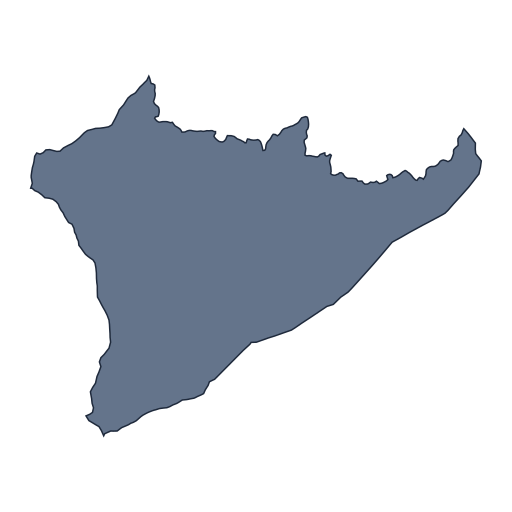 Kabondo Kasipul, Nyanza, Kenya (Equal Earth projection)
{"feature_id": "3690345B44381744243439", "entity_name": "Kabondo Kasipul", "entity_type": "district", "adm_level": 2, "iso_a3": "KEN", "parent_name": "Kenya", "parent_adm1": "Nyanza", "projection": "equal_earth", "projection_center": [34.874, -0.447], "detail": "fine", "context": "isolated", "style": "filled", "palette": "slate", "viewbox_px": 512, "rotation_deg": 0, "n_neighbors": 0, "source": "geoboundaries", "source_scale": "gbopen_adm2", "svg_char_len": 5835}
<svg xmlns="http://www.w3.org/2000/svg" viewBox="0 0 512 512"><path d="M463.8,128.7L462.9,130.5L462.2,132.8L461.2,134.8L459.4,136.3L458.0,138.6L457.9,141.1L458.1,142.9L458.1,145.5L456.4,146.9L454.7,148.5L453.7,149.9L453.5,151.5L453.6,153.2L452.9,155.5L452.1,157.7L451.0,159.9L449.3,161.0L448.0,161.6L445.7,160.6L443.3,160.0L441.8,160.4L440.2,161.3L439.1,162.9L438.0,164.3L436.7,165.3L435.3,166.2L433.4,166.5L431.5,166.5L430.0,166.8L428.7,167.5L427.4,168.5L426.4,169.7L426.1,171.5L426.0,173.6L425.5,175.9L423.4,179.2L422.2,178.3L420.7,177.8L419.5,177.5L418.2,178.7L417.1,180.4L415.7,180.1L414.3,178.9L412.9,177.4L412.0,176.1L410.5,174.4L409.0,173.0L407.8,172.3L406.5,171.1L405.1,170.5L402.7,171.9L401.4,172.9L400.1,174.1L398.2,175.5L396.8,176.3L395.3,177.1L392.9,177.7L392.2,175.6L391.0,174.6L389.7,174.3L387.9,174.7L386.7,175.6L387.2,177.4L387.9,179.5L386.5,180.9L384.3,182.1L382.6,182.9L381.3,183.3L379.3,183.6L377.8,182.3L376.4,181.2L374.9,182.2L373.1,182.5L370.5,182.1L369.1,183.2L367.7,184.0L366.2,184.1L364.8,184.1L363.3,182.9L362.0,181.1L360.0,181.1L357.9,181.2L356.2,178.9L354.4,178.5L352.5,178.3L350.3,178.3L349.0,178.3L347.7,178.3L346.4,177.7L345.1,176.9L343.9,175.4L342.9,173.7L341.2,172.7L339.5,172.9L338.3,174.0L336.8,174.5L335.4,175.2L333.8,175.2L331.9,174.7L330.6,173.6L331.1,171.6L331.0,169.5L330.8,167.0L330.3,164.8L329.7,162.7L329.6,160.9L330.0,159.3L330.7,157.1L331.3,155.3L330.0,154.3L328.0,155.7L326.4,156.2L325.0,155.1L324.8,152.9L323.5,153.2L322.3,153.7L320.1,154.5L318.7,156.2L317.4,156.9L315.7,156.8L313.9,156.4L312.4,156.2L311.1,155.8L309.0,155.6L306.8,155.9L305.1,155.3L305.0,153.4L305.5,151.1L305.8,148.4L305.4,146.7L304.9,145.0L304.1,142.3L304.3,140.0L305.7,138.9L306.9,137.8L307.2,135.9L306.6,134.3L306.3,132.5L306.5,130.3L307.7,129.0L308.4,126.8L308.6,124.2L308.4,121.8L308.0,119.3L307.4,117.3L305.8,116.6L304.3,117.0L303.0,117.4L301.6,117.9L300.4,119.6L299.2,121.5L297.9,122.9L296.5,123.8L295.3,124.4L293.8,125.3L292.3,126.0L290.8,126.3L288.9,127.0L287.0,127.9L285.1,128.3L283.4,129.1L281.9,130.6L280.8,132.4L279.4,134.3L277.4,135.8L275.3,134.5L273.2,134.3L272.0,135.8L270.9,137.9L269.5,139.9L268.3,141.0L267.0,142.7L266.1,144.8L265.8,146.9L265.6,148.9L264.7,150.3L262.9,150.5L262.3,147.4L261.7,145.1L261.1,143.3L260.4,141.6L259.0,140.2L257.7,139.6L256.2,140.0L253.8,140.2L251.9,140.0L250.4,139.7L249.2,139.2L247.5,139.0L246.7,140.9L246.1,142.8L244.8,142.8L243.6,141.7L242.4,141.2L240.7,140.2L238.7,139.4L237.1,138.8L235.7,137.6L234.2,136.5L232.8,136.1L231.1,135.7L229.4,135.7L227.4,135.6L226.6,137.3L225.7,139.5L224.0,141.3L222.5,142.0L220.9,141.9L218.9,141.4L217.0,139.9L215.4,138.4L214.0,136.5L214.4,134.8L215.5,133.5L215.5,131.6L214.0,131.5L212.4,130.7L211.0,130.6L209.2,130.8L206.9,130.7L204.7,131.2L203.0,131.4L200.9,131.0L199.0,131.2L197.0,131.4L194.3,131.1L192.5,130.8L190.9,130.4L189.3,130.4L187.3,130.9L185.2,131.9L183.9,132.1L181.9,132.1L181.0,130.3L179.9,128.9L178.1,127.7L176.7,126.8L175.2,126.0L173.9,124.5L172.4,122.3L170.4,122.7L169.1,122.3L167.6,121.8L166.0,121.6L164.7,121.6L162.9,121.6L161.1,121.9L159.7,122.2L158.5,122.0L156.8,120.9L155.7,119.7L154.6,118.2L155.5,116.8L156.8,116.7L158.2,116.2L158.8,114.4L159.2,112.0L159.1,109.7L158.6,107.5L157.4,106.2L156.0,105.2L154.4,103.6L153.5,101.5L154.5,98.5L155.1,95.7L155.2,93.5L154.7,91.6L154.6,89.7L155.0,87.8L154.8,85.0L153.1,83.9L151.2,83.5L150.5,81.6L150.1,79.8L149.6,78.1L148.8,76.2L146.8,80.4L144.3,82.8L143.1,84.1L141.5,85.6L139.9,87.1L138.3,89.2L135.5,92.8L133.8,93.9L131.0,95.4L128.0,98.0L126.1,100.9L123.6,104.9L119.3,109.6L117.8,113.3L115.2,118.6L111.8,124.9L108.6,126.8L106.0,127.3L103.7,127.7L99.9,128.2L95.5,128.4L92.4,129.3L87.5,130.5L84.4,132.7L82.5,134.6L79.6,137.6L75.6,141.0L71.8,143.7L68.2,145.4L63.5,147.9L60.0,151.2L56.7,151.4L53.1,150.5L49.7,149.6L45.9,149.9L43.2,152.7L40.0,154.1L36.7,153.0L34.7,156.3L34.0,161.4L33.4,164.2L32.4,167.6L31.7,171.9L31.2,175.5L31.2,177.5L31.7,180.0L32.3,183.4L30.7,188.2L32.2,188.3L34.7,190.6L38.2,192.1L41.8,194.8L44.8,197.7L49.1,198.2L52.8,199.2L56.2,201.7L58.4,204.3L59.5,207.4L61.0,210.1L63.1,212.8L64.8,216.5L66.7,219.5L68.6,222.5L72.0,224.2L74.0,228.4L74.6,232.2L76.1,234.9L76.9,238.0L78.4,241.1L78.9,245.3L81.4,248.6L83.2,251.2L85.5,254.3L88.0,256.4L90.3,258.1L93.0,259.9L95.0,263.0L95.9,267.8L96.4,273.0L96.5,278.5L96.8,282.5L97.3,285.9L97.3,290.8L97.5,297.1L99.6,300.8L101.3,304.2L103.2,307.7L105.0,310.8L107.2,315.2L109.0,320.1L109.5,324.5L109.7,328.6L110.0,333.4L110.1,337.4L110.6,342.2L109.0,348.2L106.7,351.1L104.2,354.4L100.9,357.7L99.4,361.9L100.9,366.6L99.0,371.9L97.0,376.5L95.5,383.2L92.7,387.4L90.4,391.8L91.6,398.5L92.1,403.3L93.5,407.8L92.5,412.4L89.9,414.2L86.0,415.9L88.9,420.6L92.9,423.0L96.2,425.0L99.0,426.6L101.4,430.6L103.7,435.8L104.7,433.7L110.7,431.0L113.1,431.1L117.2,431.0L119.8,429.0L121.7,427.6L126.2,425.7L128.5,424.7L130.9,423.2L132.1,422.8L133.4,422.3L136.3,420.7L138.0,419.2L140.9,416.6L143.0,415.1L146.5,413.2L148.6,412.2L152.1,410.8L154.3,410.1L155.6,409.8L159.3,408.6L160.6,408.4L163.7,408.0L166.9,407.7L169.8,406.6L172.9,404.9L176.8,403.4L178.7,402.3L182.3,400.0L186.5,399.6L188.3,399.3L190.0,398.9L193.9,398.2L195.3,397.6L197.4,396.5L201.1,394.9L203.6,393.6L205.3,389.8L208.1,385.4L209.4,381.8L212.6,380.2L214.6,379.3L243.2,350.4L249.1,345.0L250.2,343.9L251.1,342.4L256.4,342.2L268.2,338.0L274.6,336.0L284.5,332.5L291.4,330.1L295.0,327.8L301.4,323.4L311.1,317.0L326.9,306.4L333.3,304.4L340.8,297.1L348.2,292.0L352.2,287.8L354.8,284.9L356.0,283.6L362.2,276.7L371.7,266.1L377.3,259.7L384.9,250.8L392.1,242.2L401.0,237.3L409.5,232.4L422.5,225.3L427.9,222.5L442.1,214.9L445.0,213.2L448.0,210.3L453.2,204.3L460.5,196.3L468.5,187.3L479.0,173.9L479.5,171.4L480.5,167.1L481.3,160.9L478.9,157.7L477.4,155.9L475.7,153.6L475.3,149.3L475.4,143.1L472.9,139.8L471.2,137.5L468.2,133.7L463.8,128.7Z" fill="#64748b" stroke="#1e293b" stroke-width="1.5"/></svg>